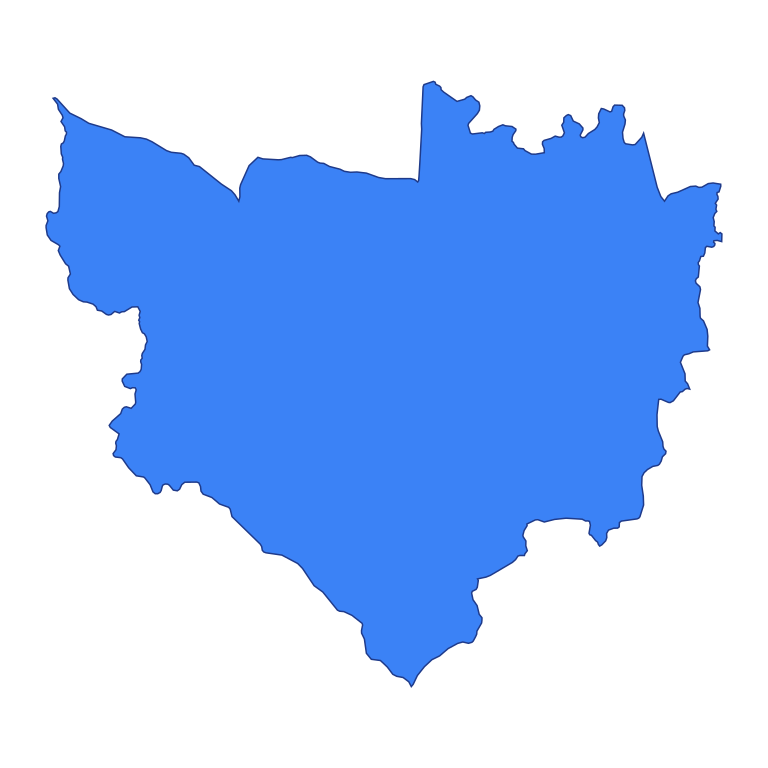 outline of Kaloleni, Coast, Kenya
{"feature_id": "3690345B39012511095910", "entity_name": "Kaloleni", "entity_type": "district", "adm_level": 2, "iso_a3": "KEN", "parent_name": "Kenya", "parent_adm1": "Coast", "projection": "orthographic", "projection_center": [39.512, -3.773], "detail": "fine", "context": "isolated", "style": "filled", "palette": "blue", "viewbox_px": 768, "rotation_deg": 0, "n_neighbors": 0, "source": "geoboundaries", "source_scale": "gbopen_adm2", "svg_char_len": 6054}
<svg xmlns="http://www.w3.org/2000/svg" viewBox="0 0 768 768"><path d="M53.1,98.3L57.6,104.2L58.4,109.3L62.3,115.3L63.0,117.8L61.0,121.5L64.6,126.8L65.2,130.9L66.5,132.1L66.4,134.2L65.4,135.8L64.3,140.9L63.3,142.8L61.4,144.0L60.8,146.4L61.3,153.9L62.7,157.2L62.5,159.2L63.5,163.5L63.2,165.9L60.9,171.5L58.8,174.1L58.8,178.5L60.6,186.6L59.5,192.7L59.3,206.6L57.9,211.6L56.2,212.8L53.6,213.3L50.3,211.4L48.7,211.9L47.2,213.6L46.5,216.1L47.9,220.8L46.1,225.5L46.1,227.7L47.3,235.0L51.0,240.4L58.6,244.8L59.9,246.2L58.3,250.6L60.2,255.1L65.6,263.8L68.6,266.2L70.4,274.0L68.0,277.8L67.9,280.2L69.4,288.7L73.1,294.5L78.6,299.7L83.3,301.8L87.0,302.1L93.0,304.1L96.0,306.7L97.4,310.2L101.7,311.0L106.4,314.4L108.5,315.0L111.0,314.5L114.7,311.4L119.5,313.0L121.7,311.8L124.4,311.6L132.0,307.0L137.8,306.8L140.2,311.4L139.1,315.2L139.8,317.7L138.7,320.2L139.6,321.7L139.2,323.5L140.6,329.0L142.4,332.7L144.4,333.8L146.2,336.8L147.2,341.5L145.5,344.9L145.0,349.3L142.3,353.5L141.8,355.6L142.2,358.3L140.8,360.0L140.7,361.8L141.6,364.4L141.2,369.3L140.0,371.6L138.1,373.1L126.8,374.2L122.3,378.9L122.2,381.1L124.7,386.4L130.4,388.6L132.4,387.7L135.2,387.8L136.2,389.8L135.0,394.0L135.7,402.3L135.3,404.0L131.2,408.3L126.3,406.8L124.3,407.3L122.3,409.1L120.7,413.6L112.2,421.1L109.2,425.4L110.3,427.5L119.1,433.9L117.4,439.5L116.0,441.4L115.7,443.1L116.4,445.8L116.0,449.7L113.1,453.6L113.6,455.6L115.3,457.0L120.8,457.7L122.5,458.9L128.7,467.8L136.3,475.8L143.6,477.0L144.9,478.0L150.1,484.7L153.0,491.9L155.2,493.7L157.8,493.7L160.1,492.4L161.2,490.5L162.3,486.2L163.2,484.8L165.3,484.0L167.8,484.2L169.4,485.3L173.3,490.1L177.3,490.8L179.6,489.2L181.8,484.6L184.8,482.2L196.8,482.1L198.8,482.8L200.5,486.5L201.0,491.1L203.2,494.2L211.9,497.5L219.5,504.0L228.7,507.3L230.2,509.2L232.0,516.6L260.3,544.2L261.7,546.6L262.3,550.3L263.8,552.0L266.0,552.8L281.9,555.1L297.7,563.5L302.5,568.4L314.1,585.7L322.8,592.0L337.4,610.1L339.6,611.2L343.9,611.6L351.9,615.3L362.1,623.3L362.6,625.0L361.5,630.6L361.6,633.2L364.4,639.0L366.4,653.3L371.3,659.3L380.4,660.5L387.3,667.0L392.8,674.3L396.7,676.3L403.1,677.5L408.8,681.8L411.3,686.6L413.2,684.3L417.4,675.5L424.4,666.7L431.9,659.7L439.6,655.9L448.1,648.6L457.7,643.4L462.8,642.0L468.5,643.3L471.9,642.3L473.2,641.1L475.5,636.9L476.7,634.2L476.9,631.2L481.6,623.0L481.9,620.6L482.0,617.8L479.2,614.3L477.1,605.6L473.0,599.7L471.6,593.0L472.3,591.3L476.1,589.4L477.3,587.3L478.3,580.5L477.5,578.9L486.0,577.1L490.3,575.4L512.4,562.4L515.6,559.6L517.9,556.1L519.7,555.5L524.4,555.5L524.9,553.8L527.3,550.7L525.8,545.9L525.9,541.0L523.2,536.8L522.9,535.2L524.1,530.6L527.1,525.7L526.9,524.0L535.4,519.9L537.9,519.7L544.3,522.0L554.6,519.4L566.1,518.2L582.2,519.2L585.6,521.0L587.9,520.9L589.5,521.4L590.4,525.2L589.0,533.3L589.8,534.8L591.4,535.3L595.6,540.6L597.6,542.1L598.4,544.5L599.7,546.1L601.9,544.8L605.7,540.8L606.8,537.6L606.6,533.4L608.5,530.1L613.7,528.2L617.7,528.1L619.2,526.9L619.4,522.6L621.3,521.1L637.0,518.9L638.7,518.2L639.9,516.8L643.6,505.0L643.3,496.1L641.7,485.3L642.0,476.6L644.1,472.7L647.5,469.5L652.8,466.4L657.8,465.4L659.4,464.2L661.2,461.1L662.4,456.8L665.6,453.7L666.0,451.2L663.9,449.0L663.0,446.3L662.7,441.8L658.3,431.0L657.2,426.5L657.0,414.7L658.7,399.4L661.0,399.2L668.4,402.4L670.1,402.6L673.4,400.8L680.2,392.0L682.4,391.6L685.2,389.1L687.2,388.5L689.7,389.1L687.6,383.8L685.2,381.0L685.0,373.8L680.4,362.3L683.0,356.2L684.4,354.8L688.8,353.8L693.3,351.9L707.8,350.8L709.6,349.8L707.4,346.1L707.8,336.2L707.1,329.4L703.5,320.9L700.5,318.2L700.1,316.4L699.9,308.3L698.0,302.5L700.5,289.6L699.9,286.8L696.1,283.2L695.4,280.8L696.3,278.7L698.3,277.0L699.4,266.0L698.4,264.6L698.2,262.6L699.5,260.7L700.8,256.5L703.4,256.2L704.8,253.0L705.4,247.6L706.8,246.3L711.8,247.2L713.7,246.5L714.8,245.0L714.9,243.4L713.6,242.3L713.9,240.7L717.3,240.4L721.7,241.6L721.9,233.9L720.2,232.6L718.3,233.9L714.9,230.9L715.1,227.2L713.9,225.9L714.2,221.6L713.2,217.6L714.8,213.5L716.8,211.4L715.9,209.3L716.6,205.1L715.3,203.3L718.1,199.1L717.9,196.4L716.9,194.4L717.1,192.5L719.0,191.9L720.8,186.2L720.7,184.2L713.1,183.0L708.2,183.6L701.9,187.2L698.8,187.4L695.8,186.1L690.4,186.5L677.7,192.2L671.1,193.8L668.0,195.9L664.5,201.2L660.8,196.5L657.2,187.3L643.6,133.2L641.8,137.2L635.2,144.5L632.7,144.9L625.6,143.8L624.2,142.4L623.0,138.3L622.5,132.2L625.0,124.0L625.4,120.0L623.7,116.0L623.6,114.0L624.8,110.4L624.5,107.8L622.2,105.3L614.6,105.1L613.1,106.7L611.6,111.3L610.0,111.9L603.8,109.0L601.3,108.5L598.7,113.8L598.4,118.0L599.3,122.6L597.1,126.9L594.8,129.5L588.4,133.5L585.0,137.2L582.6,137.7L580.7,136.7L580.2,135.1L582.9,129.9L582.9,128.0L579.3,123.9L573.3,121.1L570.7,115.6L568.3,114.6L566.4,115.5L563.9,117.8L563.7,122.3L561.8,125.2L564.4,132.8L562.8,136.0L561.2,137.1L559.1,137.2L555.2,136.1L551.1,138.4L544.1,140.4L542.6,141.8L542.4,144.2L544.2,148.6L544.3,152.7L535.5,154.2L531.4,154.1L525.0,150.6L523.5,148.8L517.4,148.1L514.1,144.2L513.4,142.4L512.0,141.3L512.2,137.3L513.1,134.6L515.8,130.7L515.9,129.1L512.0,126.5L505.4,125.8L502.9,124.8L498.5,126.5L494.0,129.3L492.8,131.2L490.3,132.0L485.7,132.3L484.3,133.5L482.3,132.8L472.4,134.0L470.4,133.1L468.0,125.3L468.6,123.4L477.3,113.7L479.4,110.2L479.8,105.9L478.9,102.2L475.6,100.0L472.9,96.8L471.0,95.7L466.7,97.4L464.7,99.2L457.0,101.4L443.7,92.1L441.1,89.7L440.9,87.5L439.6,86.1L435.8,84.3L435.1,82.2L433.4,81.4L424.0,84.6L423.1,86.8L421.4,123.6L421.7,129.2L419.9,161.9L419.0,176.4L418.6,180.6L417.7,182.0L414.7,179.6L410.6,178.6L385.5,178.7L378.6,177.5L366.4,173.1L356.9,172.0L350.5,172.3L344.3,171.3L340.0,169.2L329.5,166.5L323.8,163.4L320.1,163.1L317.7,162.2L310.5,156.9L306.7,155.3L299.7,155.5L292.4,157.6L290.7,157.3L281.5,159.6L278.3,159.8L262.9,158.9L257.9,157.3L249.1,165.6L240.6,184.6L239.8,188.1L239.9,196.9L238.8,201.2L235.0,194.8L231.5,190.8L221.4,184.1L199.5,166.6L194.2,165.2L188.8,157.8L183.8,154.2L181.1,153.3L171.3,152.3L166.5,150.6L152.1,141.8L146.4,139.1L140.4,137.8L124.9,136.8L111.6,130.0L88.8,123.3L81.2,118.7L69.8,113.1L57.0,99.0L55.0,97.8L53.1,98.3Z" fill="#3b82f6" stroke="#1e3a8a" stroke-width="1.5"/></svg>